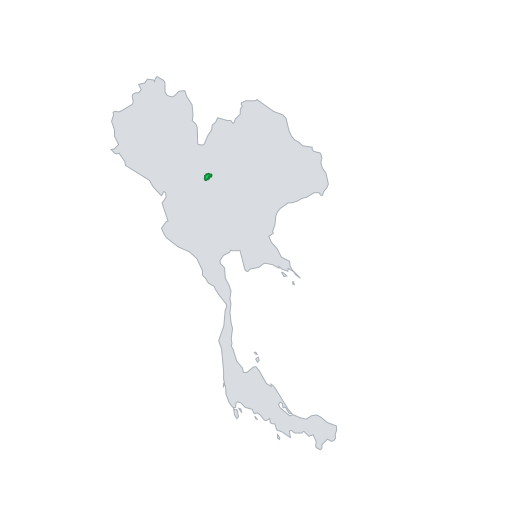 Wang Pong, Phetchabun, Thailand shown in context, rotated 339°
{"feature_id": "78962969B14448677761720", "entity_name": "Wang Pong", "entity_type": "district", "adm_level": 2, "iso_a3": "THA", "parent_name": "Thailand", "parent_adm1": "Phetchabun", "projection": "natural_earth1", "projection_center": [100.775, 16.349], "detail": "fine", "context": "in_parent", "style": "filled", "palette": "green", "viewbox_px": 512, "rotation_deg": 339, "n_neighbors": 0, "source": "geoboundaries", "source_scale": "gbopen_adm2", "svg_char_len": 5440}
<svg xmlns="http://www.w3.org/2000/svg" viewBox="0 0 512 512"><g transform="rotate(339 256 256)"><path d="M223.4,54.9L223.8,56.9L225.6,54.3L227.9,53.0L232.6,58.8L233.2,61.2L229.8,70.4L230.3,73.5L232.5,76.0L235.1,77.5L237.9,77.1L243.1,74.5L248.8,76.2L248.5,82.3L250.5,92.0L247.7,101.9L245.0,106.8L247.1,111.1L247.2,115.1L241.7,130.5L242.8,131.7L246.3,133.4L247.8,132.9L253.6,126.8L260.0,122.1L262.0,118.1L266.1,116.8L269.7,113.2L278.0,119.4L280.2,120.0L281.3,121.0L281.8,123.6L282.8,124.0L286.2,120.5L291.9,118.2L294.2,112.9L296.9,111.3L296.6,108.7L297.4,107.7L302.1,107.4L309.3,110.3L311.8,110.8L312.9,110.2L324.2,127.3L331.6,133.9L333.4,138.3L331.8,149.8L332.0,156.4L333.6,161.4L336.7,164.9L339.0,169.8L347.5,174.6L346.8,175.9L347.3,179.0L352.6,182.6L353.1,183.8L352.5,188.4L350.1,191.9L349.6,194.8L349.6,198.4L351.0,203.8L349.3,214.9L346.2,218.0L342.2,220.2L339.9,223.2L338.3,222.5L337.4,219.4L332.9,217.7L324.3,219.3L320.0,218.6L314.2,219.6L308.5,219.2L305.2,217.9L295.7,220.3L291.8,222.5L288.9,225.7L284.7,233.9L280.3,238.9L280.4,240.9L275.0,242.2L275.3,249.1L278.4,256.7L279.3,266.2L285.4,272.9L284.2,277.6L284.9,282.2L289.6,292.8L286.3,287.8L285.6,284.3L281.6,279.1L280.3,281.7L275.6,277.7L273.6,273.8L273.0,275.5L268.3,270.0L263.6,267.0L261.0,265.7L254.4,267.6L246.0,266.1L242.8,267.5L241.5,266.6L240.7,265.0L243.0,245.2L235.8,242.7L234.5,241.4L233.0,242.9L225.9,243.7L220.7,247.3L220.1,250.4L222.4,255.8L219.4,265.6L220.4,274.9L220.0,280.0L216.4,286.4L215.5,291.6L211.4,299.5L208.8,309.5L208.1,315.3L203.3,324.1L202.2,329.1L200.5,331.0L201.2,335.0L200.3,347.2L203.3,356.0L202.5,360.1L205.8,361.5L213.7,358.7L216.3,359.4L217.9,364.3L220.0,378.7L223.3,383.2L224.1,380.9L225.6,383.2L226.8,387.5L231.0,410.3L233.1,416.2L230.6,414.8L229.2,407.6L226.9,407.3L227.7,402.8L226.3,401.2L223.9,402.4L224.0,406.0L230.2,417.3L234.1,417.7L239.0,422.6L244.3,426.3L251.1,425.0L255.7,426.2L258.5,429.3L262.9,437.0L270.1,443.4L269.0,447.4L266.2,450.6L264.7,454.9L262.7,456.1L260.0,456.1L257.1,452.6L250.0,455.8L248.5,459.2L246.6,460.0L243.5,456.4L243.8,454.3L245.7,451.2L245.2,443.4L240.9,443.3L238.1,437.4L237.2,436.8L235.1,437.7L228.4,434.9L226.4,431.2L224.4,431.5L223.0,437.9L217.1,429.4L213.0,425.9L213.5,419.6L210.7,418.2L209.6,416.5L210.6,412.7L206.8,413.3L205.0,412.2L202.7,405.4L200.8,402.7L198.3,402.7L197.5,401.4L197.7,398.0L191.5,393.3L189.4,387.9L186.5,385.5L184.6,386.2L182.7,390.0L181.3,389.8L180.0,388.7L178.4,383.3L178.5,373.8L180.5,368.2L181.6,359.4L184.5,351.9L190.6,330.2L190.8,321.6L201.1,309.4L207.9,295.4L210.2,293.3L211.1,290.7L207.6,279.4L206.0,271.6L206.2,269.6L201.9,264.3L200.8,258.2L199.6,256.2L199.2,254.2L200.8,250.7L199.9,237.3L195.2,228.1L186.6,219.6L179.0,207.0L178.0,202.6L177.7,196.3L183.9,192.0L186.4,191.7L187.3,172.9L192.6,169.3L193.7,167.7L194.2,164.5L193.0,162.7L189.6,165.8L188.9,165.1L184.6,154.0L183.7,147.3L166.6,124.6L167.4,120.8L165.0,111.0L162.4,110.8L160.7,109.1L158.9,104.7L162.2,105.2L167.7,102.7L166.8,93.2L169.1,87.7L169.4,78.6L173.5,73.3L174.1,70.6L176.3,70.3L179.3,72.3L182.4,72.3L195.2,70.0L196.8,67.5L197.6,62.5L198.9,60.9L201.7,60.5L205.0,61.5L208.5,59.5L207.9,53.6L214.0,54.7L217.9,52.0L223.4,54.9ZM183.1,392.6L182.2,399.7L179.8,401.1L179.0,397.0L180.4,390.4L181.1,391.9L183.1,392.6ZM221.9,351.2L221.5,354.7L219.3,355.8L218.8,352.0L221.9,351.2ZM275.1,280.8L277.7,285.7L274.7,285.2L274.1,280.5L275.1,280.8ZM212.2,435.7L210.8,433.6L212.0,430.4L213.1,434.3L212.2,435.7ZM187.1,393.4L186.5,397.2L185.3,392.0L187.1,393.4ZM222.0,348.2L220.8,347.8L219.8,345.5L221.2,345.6L222.0,348.2ZM197.5,405.0L198.9,409.5L197.3,407.4L197.5,405.0ZM281.9,293.6L281.5,296.5L280.2,295.3L281.0,293.2L281.9,293.6ZM180.2,365.2L178.7,366.3L179.9,363.6L180.2,365.2Z" fill="#d9dde1" stroke="#a8b0b8" stroke-width="1"/><path d="M242.5,165.7L242.8,165.6L243.0,165.5L243.1,165.4L243.1,165.5L243.2,165.4L243.2,165.2L243.3,165.1L243.4,164.9L243.5,164.9L243.6,164.7L243.7,164.3L243.7,164.2L243.5,163.7L243.4,163.7L243.2,163.7L242.9,163.5L242.7,163.5L242.6,163.4L242.4,163.2L242.2,163.2L242.1,162.9L241.9,162.9L241.7,162.9L241.7,162.7L241.4,162.4L241.3,162.2L241.2,162.0L240.9,162.1L240.7,162.2L240.4,162.2L240.3,162.3L240.2,162.2L240.1,162.4L239.9,162.3L239.7,162.3L239.6,162.2L239.2,161.8L238.9,161.8L238.8,162.0L238.7,162.0L238.6,162.3L238.5,162.5L238.4,162.5L238.4,162.4L238.2,162.4L238.1,162.5L237.9,162.6L237.7,162.7L237.4,162.6L237.2,162.6L237.0,162.8L236.9,162.9L236.9,163.0L236.8,163.3L237.0,163.4L237.0,163.6L236.7,163.8L236.7,164.0L236.3,164.3L236.2,164.4L236.0,164.7L235.9,164.8L235.8,165.0L235.7,165.2L235.7,165.3L235.7,165.5L235.7,165.8L235.6,166.0L235.7,166.3L235.8,166.4L235.8,166.5L236.0,166.5L236.2,166.8L236.3,166.8L236.3,167.0L236.2,167.2L236.1,167.3L236.3,167.4L236.5,167.3L236.8,167.3L236.8,167.2L237.0,167.0L237.0,166.9L237.2,167.0L237.3,167.2L237.5,167.1L237.8,167.2L238.0,167.1L238.3,167.1L238.4,166.9L238.5,166.8L238.8,166.8L238.9,166.7L239.0,166.7L239.0,166.8L239.1,166.7L239.3,166.6L239.5,166.5L239.4,166.4L239.5,166.4L239.6,166.5L239.6,166.4L239.8,166.5L239.7,166.5L239.8,166.5L239.9,166.8L240.0,166.8L240.2,166.7L240.1,166.4L240.3,166.3L240.2,166.3L240.3,166.3L240.3,166.2L240.2,166.2L240.2,165.9L240.2,165.6L240.3,165.6L240.4,165.4L240.5,165.3L240.5,165.2L240.8,165.1L241.0,165.2L241.3,165.3L241.3,165.2L241.4,165.3L241.5,165.3L241.6,165.5L241.7,165.4L241.7,165.5L241.7,165.4L241.8,165.4L241.8,165.5L242.0,165.8L242.3,165.8L242.5,165.7Z" fill="#22c55e" stroke="#15803d" stroke-width="1.5"/></g></svg>